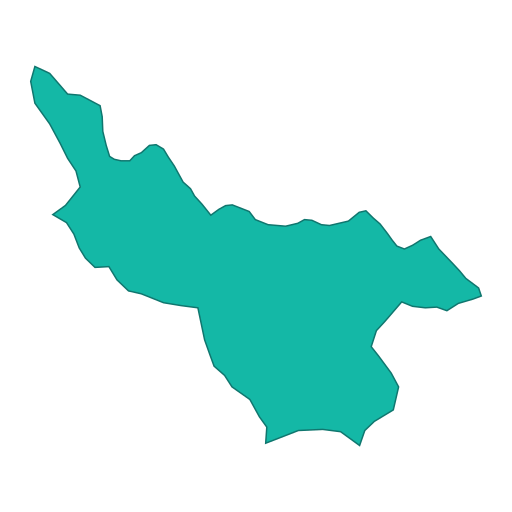 outline of Deryneia, Cyprus
{"feature_id": "46923920B24128682965394", "entity_name": "Deryneia", "entity_type": "district", "adm_level": 2, "iso_a3": "CYP", "parent_name": "Cyprus", "parent_adm1": "", "projection": "equal_earth", "projection_center": [33.937, 35.078], "detail": "fine", "context": "isolated", "style": "filled", "palette": "teal", "viewbox_px": 512, "rotation_deg": 0, "n_neighbors": 0, "source": "geoboundaries", "source_scale": "gbopen_adm2", "svg_char_len": 1393}
<svg xmlns="http://www.w3.org/2000/svg" viewBox="0 0 512 512"><path d="M100.1,105.7L80.2,95.2L67.6,94.1L49.7,73.4L34.9,66.5L30.7,81.4L34.9,103.2L49.7,123.9L60.2,143.4L67.6,158.3L76.0,171.0L80.2,187.0L65.5,205.4L52.8,214.6L66.5,222.6L73.9,234.1L79.2,247.9L85.5,258.2L95.0,267.4L108.9,266.6L117.0,279.9L128.5,290.9L141.3,293.8L163.5,302.7L181.1,305.6L197.9,307.8L204.6,339.8L209.9,354.7L214.1,366.2L224.6,375.4L232.0,386.9L249.9,399.5L259.4,416.8L266.8,427.1L265.7,443.2L298.4,430.5L322.7,429.4L340.6,431.7L359.6,445.5L364.8,430.5L374.3,421.4L393.3,409.9L398.6,386.9L391.2,373.1L378.5,355.9L371.2,346.7L376.4,330.6L384.9,321.4L401.7,301.9L412.5,306.3L425.3,307.8L436.8,307.1L446.9,310.7L458.3,303.4L473.2,299.0L481.3,296.0L478.6,288.0L465.8,278.4L459.7,271.0L452.9,263.7L438.8,249.0L430.7,236.5L420.6,240.2L412.5,245.3L404.4,249.0L396.9,246.1L392.2,240.2L387.5,233.6L380.1,224.0L373.3,218.1L365.9,210.8L359.2,212.3L348.4,221.1L329.5,225.5L321.4,224.7L311.9,220.3L304.5,219.6L297.8,223.3L285.6,226.2L277.5,225.5L268.1,224.7L255.3,219.6L249.2,211.5L232.3,204.9L225.6,205.6L218.9,209.3L210.8,215.2L202.0,204.2L194.6,196.1L190.5,188.7L183.1,182.1L179.1,174.8L174.3,166.0L168.3,157.1L163.5,149.1L156.1,144.7L149.4,145.4L141.3,152.7L134.5,155.7L129.8,160.8L121.0,160.8L114.3,159.3L109.6,156.4L106.2,145.4L102.8,131.4L102.2,116.7L100.1,105.7Z" fill="#14b8a6" stroke="#0f766e" stroke-width="1.5"/></svg>